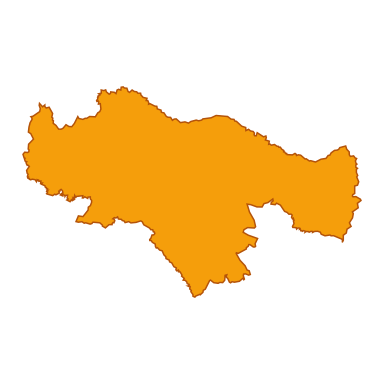 Hot, Chiang Mai, Thailand
{"feature_id": "78962969B71895248722422", "entity_name": "Hot", "entity_type": "district", "adm_level": 2, "iso_a3": "THA", "parent_name": "Thailand", "parent_adm1": "Chiang Mai", "projection": "albers", "projection_center": [98.473, 18.094], "detail": "fine", "context": "isolated", "style": "filled", "palette": "amber", "viewbox_px": 384, "rotation_deg": 0, "n_neighbors": 0, "source": "geoboundaries", "source_scale": "gbopen_adm2", "svg_char_len": 5939}
<svg xmlns="http://www.w3.org/2000/svg" viewBox="0 0 384 384"><path d="M345.7,146.0L339.8,147.6L338.7,149.3L337.3,150.1L334.5,150.4L331.1,152.9L329.9,155.1L328.1,155.5L326.0,158.4L321.0,159.2L315.5,162.0L310.7,160.7L309.4,161.0L306.2,158.8L305.1,159.0L300.7,155.2L298.3,154.8L296.5,155.5L296.3,154.4L295.0,153.4L292.4,154.9L287.1,154.6L286.6,153.4L285.7,153.6L284.6,151.9L283.6,151.8L283.8,150.5L281.6,149.1L280.4,147.2L278.9,147.3L278.5,146.4L276.9,146.2L274.5,144.5L271.3,145.2L269.8,144.0L268.7,144.3L269.3,141.2L265.4,140.0L266.3,137.7L265.9,136.0L263.5,136.8L257.2,132.7L256.2,135.8L254.8,135.8L254.1,134.8L254.4,133.1L253.2,131.5L250.4,130.9L248.6,129.3L245.9,130.6L245.7,127.5L241.7,126.2L236.4,121.3L234.9,121.1L234.0,119.4L231.0,119.1L227.6,116.5L216.1,115.5L211.1,117.8L202.9,118.9L201.6,120.1L198.7,120.8L196.2,120.1L190.9,121.5L188.5,123.1L185.0,121.9L180.4,122.6L176.2,118.9L174.1,119.1L172.4,120.3L170.6,117.4L167.7,117.2L166.2,116.3L164.0,112.9L161.4,112.3L161.0,110.1L157.3,108.9L156.8,106.3L154.8,106.1L150.0,103.7L148.6,104.2L148.8,103.0L147.8,100.6L146.2,100.5L147.0,98.3L143.1,97.4L140.9,94.9L140.6,93.2L137.8,93.2L136.7,91.8L134.3,91.5L132.1,90.0L129.5,92.4L128.0,91.4L126.9,88.2L124.3,88.0L123.2,86.9L121.2,87.2L120.8,90.1L118.6,89.3L117.1,90.0L116.0,93.6L114.3,92.3L110.7,91.9L110.4,93.5L109.2,94.2L106.4,91.9L105.7,89.9L103.8,90.6L101.2,90.0L101.3,93.1L98.7,93.8L100.1,94.8L97.9,96.2L98.4,96.9L97.6,97.5L97.8,98.9L96.6,100.4L96.9,101.4L98.3,101.0L98.7,101.5L98.4,104.1L100.3,103.7L100.9,109.1L99.8,111.6L97.8,112.8L95.3,116.8L89.7,116.5L86.8,118.3L85.1,118.3L82.9,119.4L78.9,118.5L77.8,116.6L74.4,123.4L71.8,126.7L68.9,126.5L66.0,124.7L63.1,128.2L61.2,129.2L58.6,129.1L56.0,125.4L53.2,123.3L53.4,120.7L52.5,120.2L52.8,118.1L51.8,117.2L52.6,113.5L49.1,107.2L46.2,108.0L44.8,106.5L44.8,105.0L42.6,106.8L39.5,103.4L39.2,105.4L40.3,108.6L39.7,111.6L33.0,116.2L30.9,116.7L31.9,117.9L32.0,119.5L30.1,122.7L29.0,127.0L28.4,132.1L30.8,133.7L33.5,139.1L28.6,144.2L28.2,149.1L29.0,149.9L28.8,151.8L27.6,152.5L24.7,152.2L23.0,154.3L24.0,157.6L25.0,158.2L24.4,158.7L25.2,161.2L26.6,161.8L26.0,162.2L26.4,163.8L27.2,165.3L27.7,165.0L29.3,166.4L26.6,170.4L27.2,173.3L28.1,174.3L27.4,176.3L28.3,176.9L27.6,177.5L27.9,178.2L29.4,178.5L29.3,179.2L30.6,179.8L32.3,179.2L35.1,179.7L36.4,181.7L37.0,179.8L37.8,180.5L38.1,179.9L38.9,180.4L39.0,181.3L40.9,181.1L40.6,183.3L42.2,183.1L41.4,184.2L44.9,185.7L45.3,187.2L46.4,187.6L46.4,188.7L47.5,188.8L46.9,190.7L47.7,190.5L46.8,191.6L47.6,191.9L47.4,192.8L46.6,193.7L47.0,194.0L52.7,195.6L54.7,194.2L55.9,194.8L59.3,193.1L58.8,191.2L60.0,191.0L60.3,189.7L61.2,189.4L62.5,190.9L62.9,193.1L61.5,193.5L60.3,194.9L62.7,195.9L62.6,194.7L63.4,194.7L64.9,195.5L65.0,196.3L65.5,195.4L67.6,195.2L67.2,198.0L68.2,199.0L66.8,200.0L70.1,201.7L71.3,199.9L72.2,200.7L73.4,200.0L72.7,199.9L72.6,198.9L74.2,198.7L73.2,197.5L74.5,197.5L74.7,195.4L75.9,197.3L76.6,196.4L82.8,195.7L82.4,197.9L83.5,197.9L84.7,196.8L87.7,198.4L88.0,197.1L90.3,196.9L90.3,198.8L91.6,200.4L91.6,202.3L90.4,205.6L88.3,207.2L88.1,210.1L83.0,216.6L78.4,215.9L76.0,221.6L78.4,222.2L82.0,221.7L84.2,223.2L85.7,222.8L90.1,224.1L91.8,223.6L93.0,222.2L99.8,222.8L102.4,225.1L102.4,226.1L105.4,227.9L109.0,224.7L112.1,224.6L112.1,223.7L113.1,222.5L113.9,222.8L114.8,220.7L114.0,219.1L112.9,218.8L114.3,217.6L115.9,218.0L117.6,216.9L118.4,219.0L121.5,219.4L122.2,220.5L124.1,221.0L125.1,222.6L128.8,221.6L130.9,222.9L136.0,222.4L140.8,220.9L142.2,221.7L143.8,224.8L149.5,228.0L150.8,229.7L152.7,229.7L153.3,231.8L154.4,232.0L154.8,233.6L153.7,234.9L152.0,235.0L150.9,238.2L149.7,239.5L149.8,240.5L151.3,240.6L152.3,242.3L155.2,244.0L155.5,246.7L156.3,248.0L157.4,247.7L159.7,250.1L162.2,250.8L163.9,254.9L165.8,256.7L166.0,258.6L169.2,260.1L169.6,261.9L171.7,262.8L173.9,266.7L176.3,267.9L175.9,269.8L177.0,271.0L178.3,270.0L178.9,270.8L178.7,271.8L180.1,271.9L182.0,275.1L181.6,276.1L184.2,278.4L183.2,280.1L185.3,280.4L186.8,282.0L187.2,283.6L189.1,284.4L188.6,285.1L189.5,286.0L188.1,286.1L190.1,287.1L189.7,288.9L191.3,290.5L190.9,291.7L192.9,294.5L193.0,296.3L194.9,297.1L195.9,296.0L199.7,294.4L200.2,294.8L202.9,292.4L203.3,290.3L205.3,289.2L209.6,280.6L210.5,280.1L213.8,282.7L218.1,283.3L219.9,282.4L222.7,282.6L224.7,280.3L225.1,275.3L226.8,274.8L226.1,276.8L227.8,278.6L229.4,282.1L230.6,282.8L232.0,281.7L234.4,282.2L239.4,281.3L243.0,278.2L243.8,279.7L244.4,279.1L243.3,275.8L243.6,274.1L245.6,273.9L248.7,275.1L250.3,274.5L249.2,270.8L247.1,270.0L245.1,265.8L240.0,260.3L236.2,253.5L236.4,252.8L238.2,253.4L246.3,249.0L246.4,247.6L248.2,246.3L248.8,244.6L250.1,244.7L253.3,247.0L254.8,247.0L255.6,246.3L255.1,243.7L257.6,238.5L248.3,235.2L243.2,232.3L243.9,229.7L247.6,227.6L254.4,228.0L255.6,226.7L254.1,220.2L249.5,212.1L247.1,204.1L250.9,204.7L256.9,206.9L262.1,207.0L264.0,203.6L267.9,202.6L272.8,199.0L273.1,200.9L271.3,202.4L271.0,204.1L275.2,204.7L276.6,203.2L280.4,205.1L284.6,211.4L287.1,212.4L288.9,214.2L291.0,214.1L292.2,215.2L291.5,217.2L292.5,218.9L293.3,218.2L294.0,220.4L293.4,220.8L294.0,223.6L292.5,226.4L292.8,227.4L296.2,227.7L296.6,229.1L297.7,228.1L299.0,228.0L299.8,228.3L299.6,229.1L300.2,228.8L300.8,230.8L302.0,230.7L302.3,231.3L303.6,230.6L305.4,231.3L305.1,232.2L306.2,231.5L308.6,231.6L309.1,232.2L311.1,231.3L312.7,231.5L312.6,232.4L314.7,231.4L317.7,231.3L320.3,232.2L321.2,234.2L325.0,235.8L330.0,235.0L331.0,235.8L333.6,235.7L341.8,239.1L342.6,240.7L342.2,242.4L343.3,240.4L343.3,235.2L346.3,233.0L347.0,229.2L351.1,226.4L349.4,222.8L352.5,217.9L353.3,213.6L352.4,211.9L358.2,207.8L357.4,203.3L361.0,200.5L360.4,199.2L355.9,196.6L353.0,196.8L352.4,196.0L352.8,194.6L354.7,193.5L354.7,186.0L357.5,185.2L358.7,181.8L356.7,176.9L357.7,175.5L356.4,172.6L356.4,169.4L357.5,168.3L355.9,167.4L355.8,165.0L356.9,164.1L356.0,163.3L355.4,160.9L356.6,158.5L355.2,158.0L353.6,155.9L350.4,156.4L349.3,154.8L349.2,151.9L346.7,149.2L345.7,146.0Z" fill="#f59e0b" stroke="#b45309" stroke-width="1.5"/></svg>